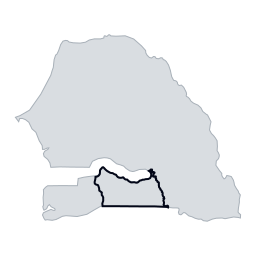 location of Kolda within Senegal
{"feature_id": "SEN-774", "entity_name": "Kolda", "entity_type": "Region", "adm_level": 1, "iso_a3": "SEN", "parent_name": "Senegal", "parent_adm1": "", "projection": "natural_earth1", "projection_center": [-14.005, 13.12], "detail": "fine", "context": "in_parent", "style": "outline", "palette": "ink", "viewbox_px": 256, "rotation_deg": 0, "n_neighbors": 0, "source": "natural_earth", "source_scale": "10m", "svg_char_len": 5864}
<svg xmlns="http://www.w3.org/2000/svg" viewBox="0 0 256 256"><path d="M207.5,114.9L211.0,121.8L210.2,125.1L209.5,130.0L211.4,133.5L213.7,135.8L215.3,137.9L217.1,140.8L217.4,146.5L217.1,150.7L218.3,152.6L219.3,155.0L219.1,156.9L218.5,158.7L216.3,161.0L215.9,165.3L219.5,170.6L221.8,173.4L221.7,175.0L222.4,176.8L224.1,178.9L225.1,178.4L226.3,176.7L226.8,175.5L229.8,176.1L231.3,176.6L233.3,180.0L234.0,182.3L234.5,185.2L236.5,188.7L238.3,191.2L238.7,192.8L240.3,194.9L239.3,199.6L239.4,202.1L238.4,208.4L238.1,211.4L238.2,212.5L240.6,214.7L240.4,218.0L237.9,217.4L233.6,217.0L225.0,218.7L222.1,218.0L216.4,218.2L212.4,219.1L207.3,221.2L203.4,220.7L201.2,219.1L198.4,219.2L195.2,218.3L191.8,216.7L188.8,215.9L185.4,213.0L183.9,212.5L182.8,213.2L181.8,214.2L180.9,214.8L179.1,214.3L178.4,212.3L179.0,210.4L179.1,208.9L178.3,208.1L176.2,207.9L172.9,207.9L167.7,207.3L166.4,206.9L154.6,206.4L142.3,206.4L131.8,206.3L118.7,206.2L109.4,206.2L100.8,206.2L94.1,210.0L86.9,214.3L77.2,216.5L66.0,215.7L62.4,216.3L58.7,218.2L56.0,219.5L52.2,220.3L47.2,219.7L45.2,220.1L43.9,218.2L42.5,215.0L43.4,212.8L46.5,211.3L51.0,209.4L53.4,210.4L54.8,210.4L55.1,209.2L54.6,208.5L51.2,206.8L49.4,204.6L47.9,205.9L46.7,208.6L45.6,209.4L44.0,210.2L43.2,208.4L42.8,206.6L43.5,205.2L43.1,197.4L43.6,193.3L43.4,189.7L45.5,187.3L47.6,185.8L55.6,185.7L63.0,185.6L70.1,185.7L77.4,185.7L78.2,178.5L80.5,178.0L83.9,177.2L90.4,176.3L97.5,175.5L99.1,174.1L100.2,171.7L101.0,169.5L102.5,168.6L104.5,169.3L107.1,170.5L109.8,172.2L113.0,173.8L115.0,174.8L120.0,177.4L128.6,180.9L135.6,182.3L144.1,179.8L150.2,178.1L151.0,175.0L150.0,171.9L145.5,169.2L139.3,169.5L137.4,170.2L134.5,171.2L132.7,171.5L129.8,170.9L126.1,168.5L123.7,166.1L120.5,164.9L116.6,163.8L110.4,158.8L107.1,157.9L104.1,157.7L98.2,158.6L92.4,161.3L89.4,167.3L83.6,167.2L71.3,167.1L60.1,166.9L50.8,167.3L49.9,162.9L47.7,159.4L44.1,156.4L43.4,153.7L44.6,151.3L48.0,149.3L48.8,147.9L47.0,148.1L44.3,149.4L42.5,149.4L42.2,145.6L39.2,140.7L35.9,132.3L32.0,128.9L28.8,122.2L25.4,119.6L22.3,118.4L19.6,118.6L18.7,121.7L15.4,117.3L19.9,115.7L29.6,110.1L40.8,94.2L50.8,75.3L52.1,70.8L53.3,67.4L54.1,59.7L55.6,55.1L56.9,54.2L58.6,50.7L60.7,44.5L63.0,41.1L65.6,40.4L67.6,40.7L69.0,42.0L73.2,42.8L80.2,43.1L85.5,42.2L89.3,40.0L94.3,38.9L100.5,38.9L103.8,38.0L104.1,36.2L104.9,35.7L106.2,36.4L107.4,36.1L108.5,34.9L109.7,34.8L110.8,35.9L116.0,36.2L125.2,35.8L133.7,39.0L141.5,45.9L145.6,50.5L145.8,52.9L147.1,55.2L149.4,57.5L151.6,58.0L153.5,56.5L155.0,56.7L156.2,58.4L158.4,58.8L160.9,57.7L162.6,58.1L163.0,59.2L163.4,59.7L164.6,60.0L166.2,61.4L168.5,65.0L170.3,70.2L171.7,76.7L173.6,80.3L176.0,80.9L177.3,82.2L177.6,83.8L178.3,84.9L179.4,85.5L181.4,85.1L183.7,87.3L186.2,92.2L186.6,94.3L186.2,95.5L186.4,96.4L188.0,97.2L189.6,98.8L190.9,101.1L193.6,103.2L197.9,105.1L200.9,107.8L202.8,111.5L206.7,114.6L207.5,114.9Z" fill="#d9dde1" stroke="#a8b0b8" stroke-width="1"/><path d="M168.1,207.4L166.5,206.9L154.6,206.4L141.6,206.4L132.1,206.3L128.6,206.3L115.6,206.2L112.7,206.2L102.6,206.2L102.3,203.6L102.7,202.3L103.2,200.9L103.2,198.9L103.2,197.4L102.6,196.1L101.8,195.1L101.7,193.6L101.8,192.5L100.5,191.5L99.3,190.6L99.2,189.6L99.1,188.2L98.4,186.0L97.8,185.0L96.1,184.6L94.8,183.6L94.6,182.1L95.0,180.4L95.4,178.8L95.5,176.9L96.7,176.7L97.9,176.2L98.9,175.4L99.7,174.2L99.9,173.1L100.0,170.4L100.5,169.4L101.4,168.5L102.1,167.6L103.0,167.2L104.0,167.9L105.6,169.7L107.4,171.2L107.5,171.2L109.9,172.6L111.1,173.0L112.5,173.1L113.0,173.3L114.3,174.2L114.9,174.4L115.7,174.6L116.1,174.8L116.8,176.0L117.8,177.1L119.1,177.7L120.4,177.8L121.8,177.7L123.0,177.3L123.4,177.5L124.4,178.6L124.8,179.0L125.2,179.3L125.8,179.5L126.9,179.5L127.4,179.7L127.8,180.2L128.1,180.6L128.4,180.9L128.8,181.2L130.2,182.0L131.1,182.4L132.1,182.4L134.2,182.2L136.2,182.7L137.3,182.6L138.1,182.2L139.8,180.6L140.4,180.4L141.0,180.4L142.6,179.7L144.0,179.7L145.5,179.2L148.3,179.0L150.1,178.1L151.1,176.2L151.3,174.1L150.4,172.0L150.0,171.7L149.2,171.1L148.9,170.9L149.4,170.6L149.8,170.5L150.2,170.4L150.4,170.4L150.5,170.2L150.6,169.8L150.7,169.6L150.9,169.5L151.1,169.5L151.4,169.5L151.9,169.5L152.0,169.6L152.1,170.0L152.0,170.4L152.0,170.8L151.9,171.0L151.8,171.3L151.7,171.4L151.6,171.6L151.6,171.9L151.7,172.1L151.9,172.4L152.2,172.4L152.4,172.3L152.7,172.1L152.9,172.0L153.1,172.0L153.3,172.0L153.5,172.0L154.0,172.3L154.4,172.4L154.5,172.5L154.5,172.8L154.4,173.0L153.7,173.7L153.6,173.9L153.6,174.1L153.5,174.3L153.5,174.6L153.5,174.8L153.5,175.1L153.4,175.3L153.4,175.5L153.1,175.8L153.0,176.0L153.1,176.4L153.3,176.6L153.5,176.6L153.8,176.7L154.0,176.7L155.1,176.5L155.6,176.4L155.8,176.5L155.9,176.9L155.8,177.1L155.5,177.7L155.5,177.8L155.5,178.0L155.8,178.2L155.9,178.3L156.1,178.5L156.1,178.9L156.1,179.1L156.0,179.6L156.0,179.9L156.1,180.1L156.5,180.4L157.0,180.6L157.3,181.0L157.3,181.3L157.4,181.6L157.5,181.9L157.8,182.1L158.0,182.2L158.5,182.2L158.6,182.3L158.8,182.5L158.8,182.8L158.9,183.7L158.8,184.0L158.9,184.7L158.8,184.9L158.8,185.2L158.8,185.4L159.0,185.8L159.0,186.5L159.0,186.9L159.3,187.5L159.8,188.1L160.0,188.3L160.3,188.6L160.3,188.9L160.3,189.1L160.3,189.4L160.4,189.6L161.0,190.0L161.4,190.5L161.6,190.9L161.9,191.2L162.0,191.4L161.9,191.6L161.8,191.8L161.8,192.0L162.1,192.3L162.3,192.3L162.5,192.5L162.7,193.9L162.6,194.2L162.5,194.4L162.5,194.5L162.5,194.8L162.7,195.1L162.8,195.7L163.0,196.1L163.3,196.5L163.8,196.9L164.0,197.1L164.1,198.1L164.3,198.4L164.2,198.7L164.0,198.8L163.8,198.8L163.6,198.8L163.7,199.1L163.8,199.3L163.8,199.5L163.7,199.7L163.5,200.1L163.4,200.3L163.4,200.5L163.5,201.1L163.7,201.4L163.8,201.7L163.9,202.0L164.0,202.3L163.9,203.8L163.8,204.1L163.7,204.4L163.6,204.7L163.7,204.9L163.9,205.3L164.2,205.5L164.7,205.8L165.1,206.0L165.5,206.1L166.4,206.1L166.8,206.0L167.1,205.8L167.2,205.7L167.5,205.7L167.9,205.9L168.2,206.8L168.1,207.4L168.1,207.4Z" fill="none" stroke="#020617" stroke-width="2"/></svg>